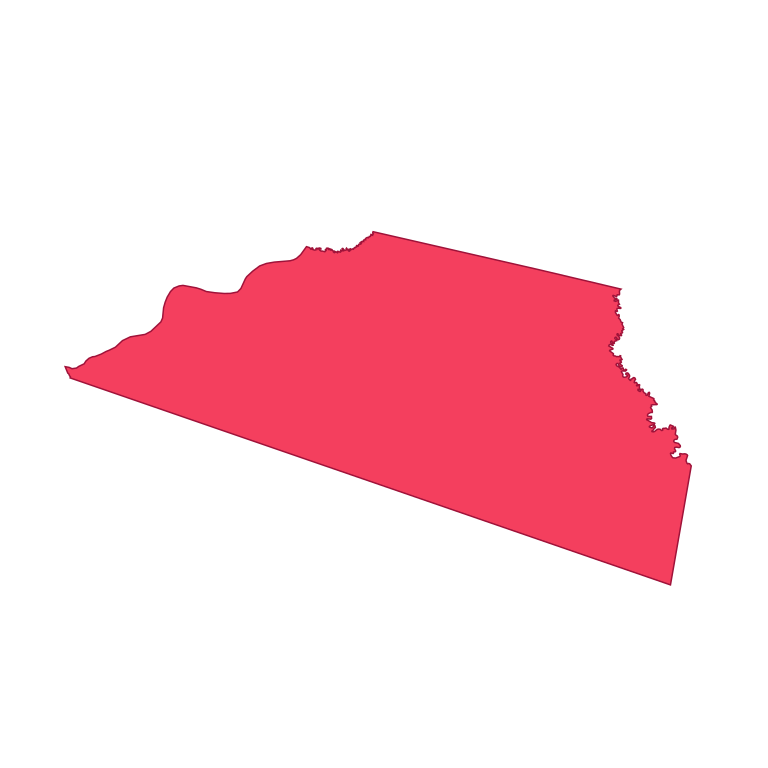 outline of Leticia, Amazonas, Colombia, rotated 100°
{"feature_id": "7082276B43275073099169", "entity_name": "Leticia", "entity_type": "district", "adm_level": 2, "iso_a3": "COL", "parent_name": "Colombia", "parent_adm1": "Amazonas", "projection": "robinson", "projection_center": [-70.12, -3.618], "detail": "fine", "context": "isolated", "style": "filled", "palette": "rose", "viewbox_px": 768, "rotation_deg": 100, "n_neighbors": 0, "source": "geoboundaries", "source_scale": "gbopen_adm2", "svg_char_len": 6107}
<svg xmlns="http://www.w3.org/2000/svg" viewBox="0 0 768 768"><g transform="rotate(100 384 384)"><path d="M262.2,484.2L271.1,488.5L275.5,492.0L277.4,494.6L279.0,498.0L283.0,513.2L285.7,520.7L289.3,526.9L295.8,533.0L302.0,537.7L304.5,538.8L314.8,541.5L318.8,544.2L321.4,550.9L322.6,557.0L323.5,566.3L323.8,575.0L322.5,580.8L321.9,585.5L321.8,599.1L323.0,602.8L326.0,607.6L330.0,610.3L336.1,612.6L341.4,613.7L347.2,614.3L357.5,613.5L361.6,614.5L372.6,622.7L376.6,627.8L381.6,642.0L386.7,649.1L394.4,654.9L398.6,660.7L400.2,663.3L403.6,667.6L407.1,673.4L407.8,675.8L409.9,679.0L413.2,681.6L416.2,682.8L419.7,687.7L421.7,689.6L423.1,693.9L422.3,697.0L422.3,701.0L428.2,697.3L428.8,696.2L430.5,695.1L431.3,694.1L432.5,694.2L532.1,67.0L411.3,67.2L409.5,69.1L409.4,70.3L409.9,71.1L409.5,71.8L407.5,73.0L406.5,73.3L401.7,72.6L401.1,73.1L400.6,74.2L400.5,75.6L401.1,77.8L401.1,80.4L401.9,80.6L403.1,79.8L404.0,80.0L406.3,84.0L406.5,86.7L405.7,87.8L404.5,88.9L402.9,89.8L402.3,89.7L402.1,89.4L402.3,87.2L401.9,86.9L400.7,87.1L400.2,85.5L399.5,85.1L398.8,85.4L397.5,86.6L396.1,86.7L395.4,85.1L395.4,82.4L394.9,81.6L393.9,81.3L393.1,81.6L391.4,83.7L391.1,87.7L390.3,88.7L389.4,88.8L388.5,88.3L387.9,87.6L387.7,86.3L387.3,85.8L385.4,85.5L384.3,86.1L383.6,87.7L382.9,88.4L378.7,88.5L375.9,89.6L376.1,90.2L377.8,90.6L378.3,92.6L377.5,93.2L376.2,91.7L375.4,91.7L374.6,94.9L374.8,95.2L377.0,95.8L379.0,95.6L379.3,96.0L379.3,96.9L378.4,98.6L379.0,100.1L379.2,101.4L379.8,101.9L380.9,101.5L381.5,102.1L381.6,102.5L380.6,104.3L380.8,106.1L381.3,107.1L383.8,109.3L384.4,110.6L384.3,111.9L383.8,112.0L382.7,110.9L380.7,110.1L379.8,109.2L378.2,109.8L377.8,110.5L378.0,111.0L380.2,111.9L380.7,112.5L380.5,114.6L380.2,115.2L379.7,115.3L378.7,114.4L376.9,110.8L375.7,110.5L375.4,111.2L375.6,113.7L374.1,117.4L373.9,118.6L373.2,119.2L372.7,118.9L372.5,118.3L372.3,115.1L371.4,114.5L369.5,115.0L370.0,118.5L369.1,119.1L368.4,119.1L367.3,118.5L365.7,116.3L365.5,115.0L365.0,114.8L362.9,115.5L361.1,117.4L360.5,117.3L359.6,116.5L358.4,117.1L357.8,116.1L357.0,112.0L356.7,111.5L356.2,111.6L355.8,112.7L354.7,113.6L354.5,114.5L353.5,114.6L352.9,115.7L352.0,115.5L351.5,115.7L350.1,121.0L346.9,120.8L346.2,121.2L346.5,122.1L349.3,122.8L349.6,123.5L349.4,124.2L348.0,124.5L347.6,126.1L346.2,127.6L344.6,127.9L344.2,128.5L344.5,129.4L346.8,130.3L346.9,131.2L346.2,132.7L345.7,133.0L345.0,132.8L345.2,131.2L344.8,130.8L343.3,131.8L341.6,132.2L340.6,132.0L340.3,132.4L340.4,133.0L341.7,134.1L341.9,134.7L341.6,135.0L340.4,134.3L338.8,135.5L338.7,136.0L339.3,137.3L339.1,137.8L337.2,137.8L335.7,137.1L334.5,138.0L334.3,138.9L334.5,139.7L335.5,140.1L336.3,141.6L337.6,141.7L337.7,142.2L336.2,144.1L333.8,143.4L332.8,143.7L331.1,145.3L330.8,146.4L331.3,147.5L332.2,147.7L332.8,147.1L333.1,145.7L333.6,145.6L334.5,146.1L335.1,146.9L335.7,148.8L335.3,149.9L334.7,150.3L333.1,150.3L330.9,152.2L330.3,152.4L329.7,151.4L329.4,148.6L328.3,147.6L327.8,147.6L327.5,148.5L328.6,149.4L328.6,150.0L328.3,150.6L326.9,151.1L326.7,151.6L326.9,152.3L328.1,152.8L328.2,153.4L326.6,155.1L325.7,157.9L324.7,158.8L324.2,158.8L323.4,158.3L323.1,157.2L326.1,154.9L326.1,154.1L325.0,152.5L324.5,152.6L324.2,153.6L322.8,155.4L322.2,155.2L321.7,154.2L321.3,154.0L320.6,154.5L320.1,155.6L319.4,155.7L319.0,154.2L318.5,153.8L317.2,155.0L315.8,155.9L315.1,155.9L315.1,156.5L316.0,156.7L316.3,157.2L316.3,158.4L316.7,159.6L316.3,160.9L316.3,162.6L315.7,163.4L314.6,163.2L314.2,163.5L312.2,167.6L311.8,167.6L311.4,167.3L309.9,164.7L309.6,164.6L309.1,165.0L307.5,169.3L306.3,169.0L305.8,168.2L305.8,167.3L306.3,165.6L306.1,165.1L305.5,165.4L304.0,167.9L302.9,168.1L302.2,167.6L302.2,167.1L303.9,165.7L304.2,165.1L304.1,164.4L303.6,164.2L302.7,164.7L302.1,164.6L300.9,162.4L300.1,163.0L299.1,164.6L298.2,164.6L297.7,164.1L297.7,163.4L299.7,161.7L299.7,160.9L299.1,160.1L298.4,159.9L297.3,160.2L296.4,161.0L295.2,163.0L294.5,163.2L294.0,162.9L293.9,162.4L295.1,161.5L295.3,159.2L295.1,158.6L294.6,158.5L293.9,159.3L293.2,159.7L292.2,158.1L291.5,158.1L290.7,159.0L290.3,159.1L288.7,157.5L288.2,158.5L286.9,157.7L283.7,160.0L282.2,159.7L281.8,161.3L279.6,162.6L278.4,164.4L276.5,164.1L275.1,164.5L274.9,165.1L275.9,165.6L275.9,166.2L273.8,168.2L272.9,168.7L271.8,168.7L272.1,167.2L271.7,166.8L270.2,167.6L269.1,167.5L268.7,166.4L268.6,164.4L268.1,163.9L267.6,164.2L267.0,166.5L266.3,167.4L265.6,167.3L264.6,166.0L263.5,167.1L260.7,167.6L260.6,168.2L261.7,169.1L262.4,170.3L262.1,171.8L261.3,171.8L260.2,169.7L259.6,169.5L259.4,170.1L259.4,171.9L257.5,174.0L257.1,173.9L256.9,173.3L257.5,170.1L255.6,169.8L255.4,167.9L254.6,167.6L251.6,168.3L250.5,168.0L249.4,167.1L244.5,252.1L235.9,421.2L236.7,421.4L237.5,421.2L237.8,420.6L239.0,420.9L239.0,422.2L239.6,421.7L239.6,422.9L241.0,423.0L241.3,424.2L242.0,424.3L242.8,425.0L242.5,425.8L243.3,426.9L244.6,427.7L245.1,427.2L245.8,429.0L246.6,429.1L247.2,428.8L247.3,430.3L248.2,431.3L248.8,430.5L249.3,430.8L249.3,431.6L249.8,431.1L250.3,431.2L250.3,432.2L250.7,432.3L250.9,433.1L252.6,433.3L252.7,433.9L252.3,434.4L252.4,435.0L252.8,435.1L253.4,434.6L254.1,435.3L254.2,436.0L254.8,436.1L255.0,436.9L256.5,437.5L256.3,438.2L257.1,439.1L256.7,440.5L257.4,440.8L257.2,441.7L257.8,441.8L258.4,441.3L258.4,440.9L257.7,440.7L258.0,440.3L259.2,441.1L259.2,441.8L256.7,444.5L257.3,444.8L258.3,444.1L259.1,445.5L258.9,446.7L257.7,447.9L257.7,448.5L258.1,448.8L259.4,448.2L259.3,447.0L259.8,446.9L260.1,448.7L259.8,449.9L260.2,449.9L260.7,449.2L261.7,449.8L261.8,450.1L261.4,451.5L261.4,452.8L262.0,453.2L262.3,452.3L262.8,452.5L261.8,455.9L262.6,456.1L263.1,455.5L263.3,455.8L262.8,456.7L261.8,457.0L261.4,458.2L260.7,458.5L260.5,459.7L261.2,459.4L261.4,459.6L260.9,460.3L261.2,461.7L260.9,461.9L260.2,461.6L259.9,462.9L260.5,463.4L260.2,463.9L260.3,464.2L261.9,464.4L261.9,465.6L262.6,464.3L264.0,465.2L263.8,468.0L264.1,469.0L263.6,469.6L263.5,470.4L261.9,470.7L261.8,469.6L261.4,469.8L261.3,470.6L261.3,471.6L262.7,472.4L262.0,473.0L261.9,473.7L262.4,474.5L263.6,474.2L264.2,475.5L263.8,478.2L263.4,478.4L262.7,477.7L262.4,478.1L262.5,478.6L263.8,479.5L262.6,481.0L262.2,484.2Z" fill="#f43f5e" stroke="#9f1239" stroke-width="1.5"/></g></svg>